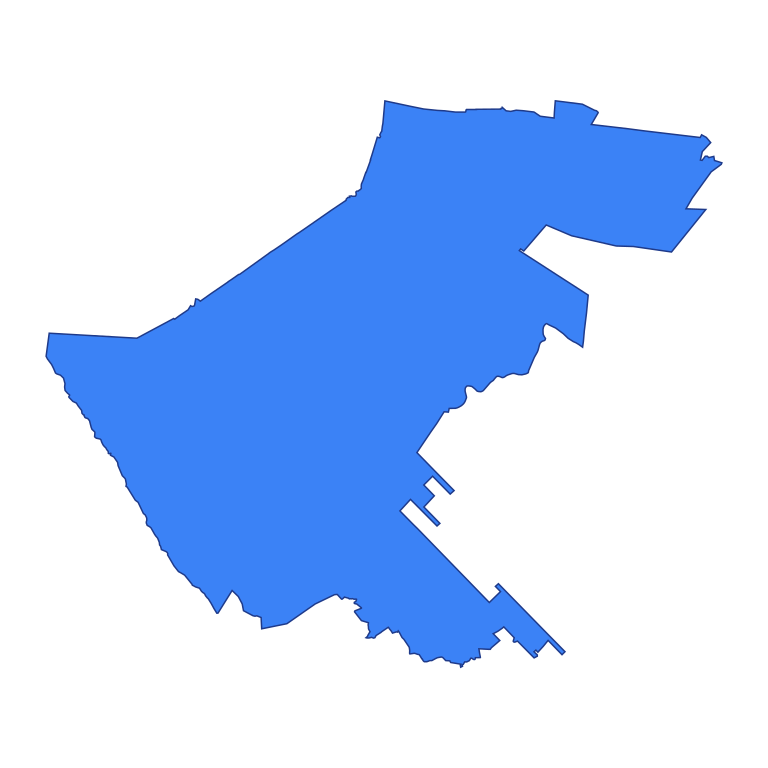 outline of Juárez, Nuevo León, Mexico
{"feature_id": "50627088B92214080906145", "entity_name": "Juárez", "entity_type": "district", "adm_level": 2, "iso_a3": "MEX", "parent_name": "Mexico", "parent_adm1": "Nuevo León", "projection": "albers", "projection_center": [-100.116, 25.608], "detail": "fine", "context": "isolated", "style": "filled", "palette": "blue", "viewbox_px": 768, "rotation_deg": 0, "n_neighbors": 0, "source": "geoboundaries", "source_scale": "gbopen_adm2", "svg_char_len": 6083}
<svg xmlns="http://www.w3.org/2000/svg" viewBox="0 0 768 768"><path d="M410.4,106.3L384.9,100.9L382.9,123.4L382.4,125.9L381.7,131.4L381.0,132.2L379.8,134.8L380.5,136.6L380.1,137.4L379.9,137.6L379.5,137.8L377.3,137.2L372.1,154.4L370.3,160.0L370.6,160.1L366.1,172.5L365.8,172.4L363.6,178.7L363.4,179.5L361.4,184.1L361.2,186.3L361.3,188.5L360.2,189.6L358.8,190.5L358.4,191.0L356.9,191.1L356.0,191.8L355.9,192.6L356.3,194.2L355.8,195.7L355.4,196.2L353.0,196.3L352.0,196.2L351.5,195.9L349.4,196.2L349.7,197.4L347.8,197.5L346.2,199.2L346.1,200.3L331.1,210.4L303.8,229.4L297.9,233.4L297.7,233.4L281.6,244.8L274.1,249.9L270.5,252.1L265.2,256.0L239.7,274.3L238.6,274.5L231.5,279.5L228.0,281.8L227.9,282.1L227.1,282.6L211.3,293.4L200.3,301.2L199.0,300.1L197.8,299.3L195.7,298.9L194.6,305.0L194.0,306.1L191.9,306.5L190.6,305.7L188.1,309.8L179.4,315.7L174.7,319.2L173.7,318.5L136.9,338.2L49.2,333.2L46.1,356.3L47.5,359.0L51.6,364.5L53.5,368.3L55.5,373.0L56.8,373.9L60.5,375.2L63.5,378.1L65.0,383.7L64.6,387.0L65.1,390.5L67.7,393.4L69.5,394.8L69.6,395.3L68.8,396.7L69.0,397.4L72.9,401.4L76.4,403.1L78.2,406.0L81.6,410.4L82.0,413.3L83.4,414.8L84.2,415.1L84.1,415.7L84.9,417.4L85.6,417.9L87.7,418.5L89.5,420.7L91.2,427.4L92.0,429.4L93.9,431.1L94.7,431.9L94.9,432.7L94.6,436.7L95.1,437.3L96.3,438.2L100.0,439.0L101.0,439.9L101.6,441.9L102.4,443.6L103.2,445.1L104.5,446.7L105.7,447.7L106.8,449.7L108.1,451.3L108.3,451.9L108.3,453.3L109.0,453.7L109.9,453.7L110.4,453.3L110.8,453.4L110.5,455.2L111.3,455.7L113.9,457.0L117.6,462.4L118.1,465.7L122.3,475.7L124.9,478.3L125.4,479.1L126.1,482.6L126.4,484.0L126.0,486.4L127.2,487.1L135.3,500.2L138.1,502.3L143.4,513.5L145.2,514.9L146.4,517.3L146.7,518.1L146.8,520.2L146.3,521.9L146.3,523.0L147.2,525.4L148.9,526.3L150.1,527.1L151.0,527.9L154.5,534.1L155.7,535.9L157.6,538.1L159.3,542.3L159.6,545.0L160.4,545.9L160.9,547.4L161.4,549.6L165.9,551.5L166.7,552.0L167.3,552.7L167.8,553.6L167.6,554.9L174.0,565.9L178.5,571.6L180.4,572.6L184.6,575.1L191.9,584.1L192.4,585.3L193.2,585.6L195.5,586.9L199.5,588.2L201.5,591.3L202.9,592.6L203.7,593.0L204.8,594.1L205.5,595.7L207.3,597.9L208.3,598.8L211.1,603.3L214.0,608.6L216.8,613.2L218.0,613.1L232.1,590.5L238.3,596.5L242.2,603.9L243.5,610.7L252.9,615.7L254.4,616.1L255.7,616.1L256.8,615.8L261.1,617.5L261.7,628.8L286.9,623.7L315.1,604.0L334.4,594.7L336.1,594.5L337.3,594.5L341.5,599.1L342.2,599.1L343.9,597.7L344.4,597.1L348.5,598.2L349.3,598.9L350.2,598.7L351.2,598.9L352.2,598.6L354.0,599.2L356.1,599.1L356.5,599.3L356.5,599.7L355.8,601.5L354.8,602.0L354.4,602.2L354.2,602.9L354.3,603.3L355.0,603.7L356.7,604.0L361.4,607.8L361.4,608.2L361.1,608.4L355.0,610.8L354.6,611.3L354.6,611.9L361.4,620.6L368.4,622.7L368.3,624.2L368.1,624.8L368.4,626.6L368.5,628.6L368.6,629.1L370.0,631.7L368.0,635.1L367.4,636.5L366.0,637.7L367.0,638.0L368.9,638.0L370.6,637.6L371.3,637.3L373.6,638.1L374.9,637.7L376.1,635.5L381.0,632.4L381.7,631.7L388.2,627.3L388.4,627.3L389.7,629.2L391.0,630.7L392.5,633.1L396.4,631.9L397.6,632.1L398.2,630.9L399.4,632.5L401.9,637.3L402.4,637.9L403.8,639.2L409.0,646.9L409.3,647.6L409.7,650.5L409.6,653.1L409.7,653.8L410.1,653.9L414.2,653.3L415.3,653.5L417.2,654.2L419.3,654.7L421.3,657.9L421.6,658.5L421.9,658.9L422.2,658.9L422.4,659.2L422.7,659.9L423.5,661.1L424.3,661.7L426.9,661.7L428.6,661.1L429.7,660.6L431.8,660.6L435.7,658.5L437.4,657.7L441.3,657.0L441.7,657.1L442.3,657.3L443.0,657.7L445.7,660.6L449.3,660.8L450.1,661.2L450.4,662.1L450.7,662.5L460.9,664.2L460.3,665.2L460.7,667.2L462.5,666.3L462.2,665.2L462.7,664.6L463.3,664.3L464.7,661.9L466.8,661.9L469.4,660.6L470.7,658.3L471.2,658.2L471.7,658.2L473.1,659.2L474.1,659.6L474.9,659.4L475.3,658.6L475.4,657.7L480.3,657.6L480.4,657.4L479.6,653.3L478.9,648.8L488.4,649.3L490.3,649.3L491.3,647.8L499.8,640.5L493.2,633.7L497.8,631.3L502.0,628.4L503.8,626.9L514.2,637.7L513.2,641.2L513.4,641.6L513.8,642.0L514.4,642.1L514.9,642.1L517.5,641.1L534.1,657.9L537.3,656.2L537.3,654.9L534.0,651.8L535.9,650.1L537.9,652.2L543.2,646.4L548.1,640.4L562.0,654.7L565.0,651.7L547.1,633.5L498.4,583.7L495.4,586.4L500.5,591.6L489.3,602.5L417.3,528.4L413.4,524.6L399.9,510.9L410.5,499.4L437.0,526.0L439.9,523.4L423.9,507.0L434.3,495.8L423.8,485.0L432.6,476.2L450.2,494.1L454.1,490.6L436.3,472.5L416.9,452.6L430.9,431.8L436.6,423.7L444.1,411.8L448.4,412.1L449.2,408.4L455.5,408.3L457.3,407.8L458.9,407.1L461.5,405.6L463.4,403.9L464.4,402.6L465.2,401.1L466.5,397.7L466.4,396.4L465.5,392.9L465.1,391.1L465.1,389.5L465.3,388.1L465.7,387.4L466.6,386.3L467.2,386.0L468.4,385.9L470.8,386.2L472.1,386.6L474.9,388.9L477.1,391.1L478.4,391.5L480.3,391.7L481.0,391.7L481.9,391.4L483.3,390.6L488.7,384.4L489.7,383.2L491.1,381.9L493.3,380.4L494.7,378.6L496.3,376.8L496.7,376.5L497.3,376.3L498.7,376.3L500.1,376.7L501.7,377.4L502.2,377.6L502.9,377.5L503.6,377.4L504.9,376.7L506.4,375.6L507.9,374.9L512.1,373.5L513.6,373.4L514.5,373.5L518.4,374.6L521.9,374.8L525.8,373.9L528.0,372.9L528.4,372.2L528.6,370.7L534.3,357.4L537.3,352.1L538.1,350.1L539.5,344.8L540.1,343.2L541.1,342.1L542.3,341.2L544.0,340.7L544.8,340.3L545.2,339.6L545.5,338.5L544.2,336.5L543.3,334.6L543.1,333.0L543.0,329.4L543.5,327.0L543.8,326.3L545.0,324.6L546.0,323.8L546.7,323.6L549.0,324.9L555.6,328.0L563.3,333.7L568.1,338.3L573.3,341.6L575.8,342.7L578.8,344.5L582.6,347.2L583.4,341.4L584.3,331.0L586.5,313.0L588.2,295.1L519.3,250.6L520.6,248.9L523.8,251.0L546.2,225.0L571.7,235.8L616.3,246.0L633.4,246.5L671.5,252.0L705.8,209.5L686.0,208.8L692.2,198.1L711.2,171.8L721.3,164.3L721.9,162.8L714.5,160.5L713.8,156.4L708.8,157.6L707.3,156.2L705.3,156.2L702.1,160.4L700.4,160.1L702.3,151.6L710.7,142.6L706.3,137.4L701.6,134.8L700.2,137.5L644.5,130.9L628.3,128.8L591.3,124.5L598.2,112.7L597.7,111.8L596.3,110.7L594.6,110.3L582.4,104.2L555.3,100.8L554.4,112.1L554.1,118.0L540.7,116.3L540.0,116.1L534.3,112.2L533.8,112.0L523.0,110.7L516.2,110.2L510.7,111.4L506.1,110.8L502.3,107.4L502.2,108.1L501.4,108.2L501.0,108.4L500.8,109.1L476.1,109.3L476.1,109.5L466.5,109.5L466.1,109.9L465.7,111.8L465.2,112.1L455.6,112.1L444.6,110.8L437.4,110.4L423.7,109.0L410.4,106.3Z" fill="#3b82f6" stroke="#1e3a8a" stroke-width="1.5"/></svg>